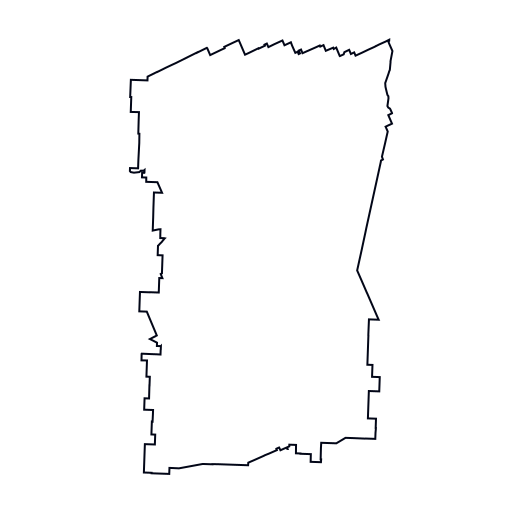 Goomalling, Western Australia, Australia, rotated 182°
{"feature_id": "25037944B4799895230449", "entity_name": "Goomalling", "entity_type": "district", "adm_level": 2, "iso_a3": "AUS", "parent_name": "Australia", "parent_adm1": "Western Australia", "projection": "natural_earth1", "projection_center": [116.79, -31.235], "detail": "fine", "context": "isolated", "style": "outline", "palette": "ink", "viewbox_px": 512, "rotation_deg": 182, "n_neighbors": 0, "source": "geoboundaries", "source_scale": "gbopen_adm2", "svg_char_len": 4016}
<svg xmlns="http://www.w3.org/2000/svg" viewBox="0 0 512 512"><g transform="rotate(182 256 256)"><path d="M387.3,410.5L386.2,410.5L386.2,395.6L378.0,395.7L378.0,387.3L377.9,374.2L376.8,374.1L376.6,364.9L376.9,347.7L376.9,346.8L376.9,346.5L376.9,340.0L376.9,339.5L384.9,339.5L385.0,339.5L385.0,336.5L384.5,335.9L384.1,335.5L382.2,335.2L380.9,335.0L375.5,335.8L374.0,337.3L373.2,337.3L371.2,337.4L370.4,338.1L370.4,335.3L370.5,335.2L372.7,335.2L372.7,330.6L368.4,330.6L368.3,326.3L363.8,326.3L357.1,326.3L352.1,315.9L360.2,315.9L360.2,300.6L360.1,290.6L360.1,281.4L360.1,277.8L354.4,279.2L352.4,279.4L352.4,275.4L352.3,270.6L348.3,270.6L347.8,270.5L348.1,270.2L348.3,269.9L348.6,269.6L348.8,269.2L349.4,268.5L350.7,266.7L352.5,264.8L354.1,262.9L354.3,262.8L354.3,253.4L349.4,253.4L349.4,243.4L349.4,242.4L349.4,235.4L350.6,234.7L348.8,230.6L351.9,230.6L351.9,220.7L351.9,216.1L360.7,216.1L360.8,216.0L370.7,216.0L370.7,196.6L363.2,196.6L353.2,174.9L352.4,173.1L359.1,169.3L351.9,165.9L351.9,162.6L348.0,162.6L347.9,162.7L347.9,159.1L348.0,158.9L348.0,154.2L351.9,154.3L356.6,154.3L366.8,154.4L366.9,154.2L366.8,148.5L366.8,147.7L361.3,147.8L361.3,131.6L358.6,131.6L357.9,131.6L357.9,123.0L358.0,123.0L357.9,109.9L362.4,109.9L362.4,98.5L360.3,98.5L357.5,98.5L353.5,98.5L353.5,93.8L353.6,86.8L354.3,86.9L354.3,74.0L350.5,74.0L350.5,72.8L350.5,70.1L350.5,66.0L350.5,64.1L354.3,64.1L360.5,64.1L360.5,35.7L352.8,35.7L352.8,35.2L348.3,35.2L335.1,35.2L335.1,41.2L333.2,41.2L325.6,41.1L302.0,46.3L295.3,46.3L292.2,46.3L292.2,46.5L286.2,46.6L276.0,46.6L268.3,46.6L267.9,46.6L262.2,46.6L256.6,46.6L256.5,49.2L250.6,52.0L242.4,56.0L242.2,56.1L240.8,56.8L240.6,57.0L237.0,58.6L236.9,58.6L236.7,58.7L228.4,62.7L229.0,64.0L228.9,64.1L228.1,64.5L227.3,64.9L226.7,65.2L226.2,65.4L224.9,62.9L224.8,62.7L224.6,62.8L222.6,63.8L221.6,64.3L218.6,65.7L218.0,64.3L217.7,64.3L218.4,65.8L216.1,66.9L216.1,68.6L209.4,68.6L209.2,60.2L204.7,60.2L204.7,59.9L194.3,59.9L194.2,52.2L183.9,52.2L183.8,55.0L184.3,55.0L184.4,66.5L184.3,71.6L175.1,71.6L169.2,71.6L160.2,77.4L152.4,77.4L140.6,77.3L140.3,77.4L130.4,77.4L130.4,83.5L130.2,87.1L130.2,88.3L130.4,88.3L130.4,91.8L130.4,97.6L137.3,97.6L138.5,97.6L138.5,104.5L138.5,125.0L128.7,125.0L128.1,125.0L128.1,139.3L135.8,139.3L135.8,148.2L135.8,150.8L135.8,151.2L140.9,151.2L140.9,168.4L140.9,169.9L140.9,180.6L141.0,180.7L140.9,196.6L131.2,196.6L131.3,196.8L133.1,200.5L136.9,208.5L143.7,222.8L143.8,222.9L149.6,235.1L154.4,245.1L150.3,267.4L150.3,267.5L147.4,283.8L146.8,287.4L137.8,336.6L134.6,354.2L134.4,355.8L132.5,356.9L133.6,359.6L131.1,372.3L128.7,385.0L131.0,389.8L124.7,393.0L128.7,401.4L125.0,403.4L125.0,403.5L126.8,407.2L127.3,408.0L128.8,408.8L129.3,409.4L129.9,410.5L129.1,418.2L129.3,420.3L130.3,421.6L131.9,427.3L132.5,429.6L132.9,433.3L129.9,443.0L129.3,445.3L128.8,446.4L128.7,447.4L128.3,454.7L128.4,455.1L128.3,455.7L128.3,455.9L126.8,465.6L128.1,468.3L130.3,472.8L131.0,474.4L131.1,474.6L130.6,475.4L130.6,475.5L130.4,475.7L130.4,476.8L134.0,474.8L140.3,471.7L143.2,470.1L143.4,470.1L143.5,470.0L143.5,469.9L146.1,468.5L146.6,468.3L147.7,467.7L147.8,467.7L151.2,466.0L157.3,462.8L163.5,459.7L165.0,462.9L168.2,461.2L170.1,465.3L174.8,462.8L175.4,460.6L179.2,458.7L179.3,458.8L183.1,467.1L185.5,465.6L186.1,466.9L193.4,463.5L195.9,469.1L197.5,468.3L199.1,467.5L199.6,468.6L203.4,466.7L204.0,466.4L210.0,463.5L211.2,462.9L211.9,462.6L216.6,460.3L218.2,463.9L220.4,462.8L219.1,460.0L220.4,459.3L221.5,461.6L223.8,460.4L227.3,467.6L227.4,467.9L227.6,468.3L228.6,470.8L231.1,469.5L234.9,467.6L235.3,468.5L237.1,472.3L245.1,468.3L250.9,465.2L252.6,468.7L254.9,467.5L254.4,466.5L257.1,465.1L260.6,463.3L260.8,463.7L270.6,458.5L274.0,456.8L279.4,468.3L280.8,471.2L286.5,468.3L295.0,463.9L294.5,462.8L294.5,462.6L297.9,460.9L308.8,455.2L312.0,462.0L312.3,462.2L312.4,462.3L312.6,462.2L321.9,457.2L321.9,457.4L342.7,446.1L346.3,444.3L352.7,441.0L355.8,439.3L361.2,436.4L361.3,436.5L370.6,431.5L370.6,427.7L387.2,427.7L387.3,410.5Z" fill="none" stroke="#020617" stroke-width="2"/></g></svg>